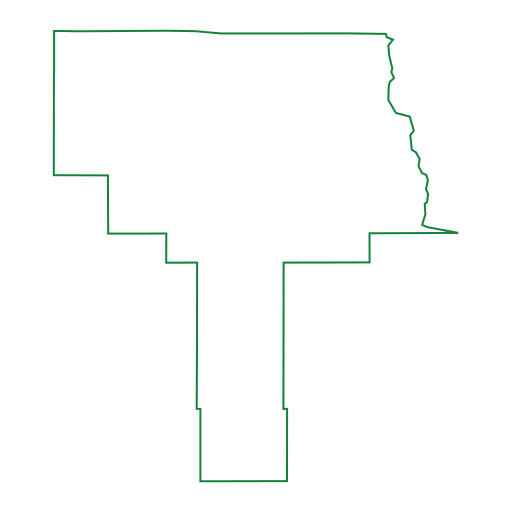 the district of Grant, New Mexico, United States of America
{"feature_id": "52423323B35670822030134", "entity_name": "Grant", "entity_type": "district", "adm_level": 2, "iso_a3": "USA", "parent_name": "United States of America", "parent_adm1": "New Mexico", "projection": "robinson", "projection_center": [-108.207, 32.536], "detail": "fine", "context": "isolated", "style": "outline", "palette": "green", "viewbox_px": 512, "rotation_deg": 0, "n_neighbors": 0, "source": "geoboundaries", "source_scale": "gbopen_adm2", "svg_char_len": 838}
<svg xmlns="http://www.w3.org/2000/svg" viewBox="0 0 512 512"><path d="M54.1,30.9L54.1,54.6L54.1,54.8L54.1,69.7L54.1,70.0L53.9,77.6L53.9,77.9L53.8,175.2L107.9,175.4L108.2,233.6L140.5,233.6L166.3,233.5L166.2,262.7L197.1,262.6L197.0,345.0L196.7,408.9L200.4,408.9L200.4,481.3L287.0,481.1L287.1,408.9L283.4,408.9L283.5,366.3L283.6,262.6L333.4,262.5L369.6,262.4L369.5,233.3L458.2,232.9L427.7,227.2L422.1,224.9L425.4,214.3L424.7,203.9L427.0,202.1L428.1,194.0L426.0,189.2L427.9,180.3L426.4,175.1L422.0,173.0L418.5,166.1L419.7,159.2L416.0,152.3L411.8,149.8L410.3,135.2L413.8,130.7L409.7,116.6L395.9,112.9L388.3,100.0L388.7,87.0L389.7,82.0L394.0,78.1L391.3,72.0L392.3,68.7L389.3,55.8L388.3,45.5L393.0,39.6L386.8,37.3L385.9,33.9L347.8,33.4L221.7,33.5L195.6,31.2L166.5,30.7L79.6,31.3L54.1,30.9Z" fill="none" stroke="#15803d" stroke-width="2"/></svg>